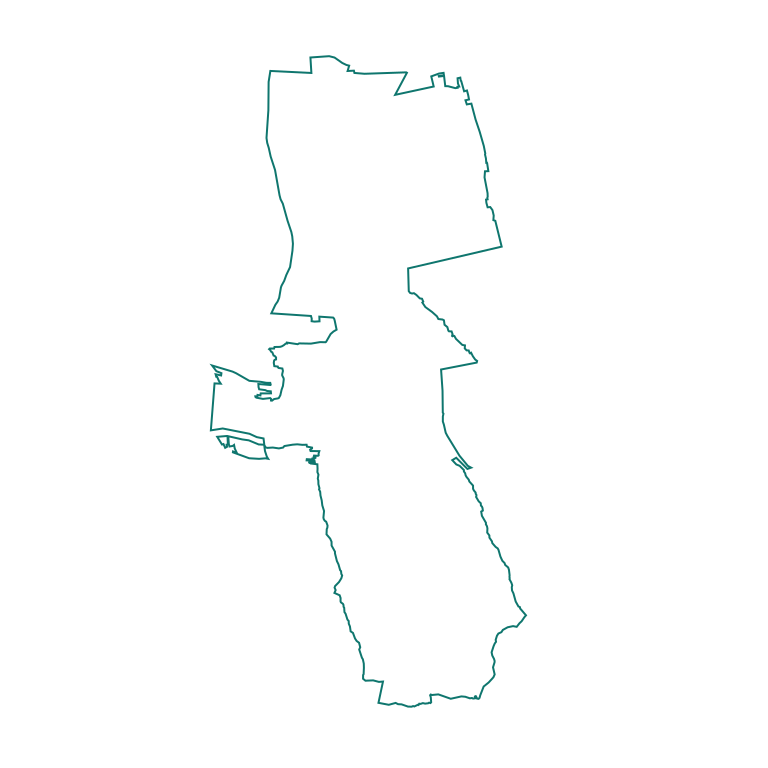 outline of Buciumeni, Galati, Romania, rotated 188°
{"feature_id": "2599482B94255718808377", "entity_name": "Buciumeni", "entity_type": "district", "adm_level": 2, "iso_a3": "ROU", "parent_name": "Romania", "parent_adm1": "Galati", "projection": "mercator", "projection_center": [27.317, 46.006], "detail": "fine", "context": "isolated", "style": "outline", "palette": "teal", "viewbox_px": 768, "rotation_deg": 188, "n_neighbors": 0, "source": "geoboundaries", "source_scale": "gbopen_adm2", "svg_char_len": 6096}
<svg xmlns="http://www.w3.org/2000/svg" viewBox="0 0 768 768"><g transform="rotate(188 384 384)"><path d="M551.9,361.0L549.0,314.0L537.5,317.5L510.3,316.0L502.6,313.7L495.7,313.3L494.1,307.2L499.7,306.7L510.1,309.4L516.7,309.4L532.1,310.7L541.8,308.5L536.0,301.5L534.6,302.2L532.4,298.7L530.7,300.0L531.4,302.0L530.2,302.4L531.4,309.0L530.6,308.9L529.3,302.8L528.3,300.6L525.2,301.6L524.0,302.8L522.8,299.3L520.1,295.2L524.1,296.2L524.1,295.3L507.2,291.7L497.3,292.5L491.0,293.9L488.3,293.8L490.0,295.9L492.5,301.0L493.8,305.7L493.3,305.9L492.5,304.8L490.7,304.5L485.2,305.6L479.1,305.6L475.1,307.0L474.0,308.7L466.0,311.2L461.5,312.2L456.3,312.4L452.2,313.1L451.6,311.3L446.4,311.0L446.3,310.2L448.0,308.6L447.4,307.4L438.7,308.5L439.1,306.0L438.8,304.2L439.4,303.7L443.3,303.4L443.5,302.1L441.7,302.2L441.6,301.3L443.2,300.2L444.6,300.1L444.5,299.3L450.0,298.8L450.0,297.6L442.2,298.5L441.7,297.0L447.2,296.5L447.2,296.2L446.7,296.2L446.6,295.5L445.6,295.7L445.4,295.1L438.8,295.2L438.0,290.8L437.7,287.5L436.3,285.1L436.4,281.1L435.6,279.2L435.0,275.6L433.4,271.8L433.7,270.7L432.2,268.4L431.4,264.8L429.5,260.1L428.2,255.2L425.7,249.9L425.4,243.2L424.8,241.7L423.6,240.3L422.1,239.6L420.2,236.0L420.1,233.8L420.5,232.3L420.0,227.1L415.8,223.4L414.0,220.5L413.4,216.7L409.2,211.1L409.0,209.5L406.0,202.1L404.0,199.1L401.5,193.5L400.5,192.7L399.8,189.9L398.8,188.6L399.2,185.7L401.0,181.6L404.3,177.1L404.6,175.4L403.2,173.2L404.0,170.2L398.5,168.6L397.2,166.0L396.8,162.8L396.3,161.8L394.1,160.6L393.4,159.6L393.0,157.7L392.3,156.9L391.4,152.6L390.1,151.2L387.4,145.6L386.0,144.4L385.5,141.7L384.0,139.2L382.6,134.4L380.1,133.2L377.3,128.0L375.3,125.7L372.7,124.3L370.9,120.0L371.6,117.6L367.8,109.9L366.6,108.4L365.1,104.3L364.4,100.1L363.8,93.8L364.2,92.9L363.7,89.2L361.1,87.6L353.5,89.0L347.6,88.3L343.6,89.2L345.1,67.5L334.6,67.0L328.1,69.8L325.5,68.9L322.0,69.2L315.4,67.9L311.7,68.3L310.4,69.1L309.1,68.9L305.6,71.2L305.1,71.0L304.6,72.3L303.3,72.3L301.1,73.4L298.8,73.2L295.8,74.0L295.0,74.7L293.6,74.5L293.0,75.4L294.1,80.4L295.0,82.2L294.5,83.0L293.2,82.7L287.0,84.2L274.1,81.6L263.9,85.4L260.0,85.6L255.2,84.7L253.2,85.3L252.0,84.9L249.9,85.5L250.5,87.0L250.1,87.6L249.5,87.6L248.0,85.4L246.5,85.4L245.7,86.5L245.4,89.0L243.2,98.3L238.8,103.0L235.9,107.2L234.8,108.9L234.0,111.8L236.6,118.6L235.8,123.8L235.9,125.1L236.8,127.1L239.0,130.2L240.1,133.3L239.0,139.6L238.2,142.5L237.2,144.3L237.8,146.2L237.1,150.4L236.0,152.8L233.2,154.6L232.1,157.0L227.7,160.3L222.5,162.2L218.8,162.0L216.5,166.0L214.7,168.2L212.6,172.5L211.2,174.7L217.9,180.6L218.4,182.0L219.9,182.4L223.3,186.9L226.7,194.7L228.5,197.4L229.2,200.6L229.0,202.5L230.2,204.9L232.6,208.2L232.5,209.3L232.9,210.4L233.0,212.1L234.4,217.4L235.5,219.6L238.8,221.7L239.7,223.5L242.2,225.4L244.7,229.3L247.5,235.6L248.5,237.0L250.8,238.2L254.6,241.5L255.2,243.2L258.2,246.5L258.6,248.7L261.1,251.2L261.5,255.4L262.2,257.4L263.6,259.3L263.7,260.7L268.7,267.1L270.0,271.2L268.5,272.4L269.2,274.9L270.0,276.3L271.1,277.1L271.6,279.4L273.9,281.0L277.1,285.0L276.9,286.0L277.1,287.1L277.9,288.0L278.2,289.3L280.2,291.1L281.2,292.6L281.7,295.8L285.9,299.3L286.8,301.1L289.5,303.6L290.5,305.0L291.2,306.9L292.7,308.5L292.9,309.9L297.7,313.5L301.2,314.4L305.8,318.1L302.2,321.0L289.6,311.5L286.1,313.3L289.6,314.6L299.3,323.5L314.1,341.5L316.1,344.3L319.1,352.2L320.5,355.0L321.2,360.0L321.0,362.9L321.8,363.8L325.1,385.5L329.5,406.3L295.2,418.1L295.0,419.8L297.1,420.9L299.9,423.9L302.1,427.1L303.0,426.3L303.6,426.7L304.8,429.0L306.9,428.8L309.0,430.5L309.2,433.5L311.9,433.6L319.0,438.7L321.0,441.3L321.8,441.5L322.8,440.8L323.3,441.1L323.1,443.0L324.4,445.5L326.9,445.2L327.7,445.8L329.2,449.2L332.3,451.1L333.5,455.4L335.0,456.0L339.2,455.9L341.0,458.4L346.4,462.0L353.7,465.9L357.4,470.0L356.6,471.0L358.2,473.7L360.5,473.8L364.3,476.7L367.0,478.1L368.8,477.5L370.8,477.8L372.4,479.4L376.2,501.8L286.6,536.4L296.5,561.1L298.5,561.5L298.8,566.1L300.8,571.3L303.4,574.0L306.0,573.4L307.8,577.6L308.6,580.8L307.1,581.3L307.6,582.7L307.4,583.9L308.0,587.4L313.2,602.6L313.6,608.7L310.3,609.3L312.6,617.0L312.9,617.5L313.5,617.3L314.5,621.7L315.9,625.3L315.8,626.4L318.3,633.6L324.3,647.0L330.1,658.6L336.5,673.8L340.9,672.4L342.8,676.3L339.4,677.6L341.0,682.2L342.7,686.2L345.4,685.0L349.7,694.8L350.2,695.0L351.1,698.0L353.7,697.0L352.6,691.9L350.9,689.0L352.6,688.5L352.3,687.6L354.5,686.9L362.0,687.8L364.8,687.5L367.4,697.4L372.4,696.1L372.6,696.6L367.6,698.0L368.3,700.4L372.7,699.1L380.0,695.2L376.2,685.5L413.2,671.9L404.6,695.4L405.4,695.7L446.4,688.5L456.6,687.9L457.4,690.1L463.6,688.9L462.8,694.4L465.6,694.7L470.0,696.1L478.4,700.4L483.9,701.0L502.3,697.1L499.2,681.9L540.1,678.2L540.3,667.1L536.6,639.0L534.6,611.3L533.2,606.5L531.0,601.8L527.9,593.5L521.7,580.8L513.7,556.3L512.1,552.5L509.3,548.5L502.2,532.2L496.9,521.6L495.4,517.4L493.7,510.2L493.2,503.2L493.3,486.7L495.9,478.4L497.2,472.2L499.1,467.2L499.5,465.3L499.8,454.8L500.8,450.9L502.6,447.3L505.4,438.3L465.8,441.2L464.7,438.8L464.4,436.1L461.5,436.1L456.6,437.1L457.4,441.7L443.6,442.7L442.5,441.8L441.7,440.1L438.5,431.2L441.3,429.0L443.8,426.1L447.2,417.7L447.8,417.2L453.1,416.6L462.0,413.8L473.7,412.4L475.0,411.4L485.8,411.5L485.6,410.6L486.9,410.4L488.6,408.5L490.4,407.1L492.1,406.3L497.6,405.4L497.8,403.8L502.1,403.2L502.6,402.5L501.4,401.8L500.3,400.3L499.0,399.8L497.3,396.8L496.2,396.6L494.6,395.3L494.3,393.3L495.7,392.7L496.1,391.7L496.1,389.6L495.1,386.4L491.6,386.5L491.2,385.6L490.4,385.2L486.8,385.2L485.9,382.9L486.2,379.4L486.0,378.3L484.2,375.7L483.9,374.5L483.8,368.0L484.6,364.2L485.1,358.4L486.2,355.5L487.0,355.0L490.7,353.8L492.6,351.9L493.6,351.9L493.7,353.5L494.8,354.2L501.8,352.4L508.5,352.7L509.5,353.3L509.7,353.9L507.6,354.2L507.7,355.6L504.8,355.5L504.8,357.5L494.6,359.0L495.1,361.0L498.7,360.8L500.7,361.4L506.9,361.4L507.8,363.5L508.4,366.5L496.3,367.2L496.1,367.5L496.8,369.3L500.6,368.8L506.3,369.0L517.8,368.4L532.0,374.1L535.7,375.2L556.8,378.4L551.8,373.4L546.5,372.1L546.5,369.8L552.1,370.2L551.1,367.8L550.2,367.8L548.0,364.2L545.7,361.6L551.9,361.0Z" fill="none" stroke="#0f766e" stroke-width="2"/></g></svg>